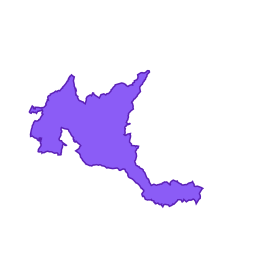 Sasciori, Alba, Romania, rotated 296°
{"feature_id": "2599482B91452877532822", "entity_name": "Sasciori", "entity_type": "district", "adm_level": 2, "iso_a3": "ROU", "parent_name": "Romania", "parent_adm1": "Alba", "projection": "robinson", "projection_center": [23.57, 45.799], "detail": "fine", "context": "isolated", "style": "filled", "palette": "violet", "viewbox_px": 256, "rotation_deg": 296, "n_neighbors": 0, "source": "geoboundaries", "source_scale": "gbopen_adm2", "svg_char_len": 5653}
<svg xmlns="http://www.w3.org/2000/svg" viewBox="0 0 256 256"><g transform="rotate(296 128 128)"><path d="M165.7,102.6L161.2,97.6L159.8,97.7L158.3,97.0L155.8,96.6L155.0,96.1L154.1,96.5L150.5,95.5L149.6,94.0L148.0,93.5L148.1,91.3L146.1,89.1L142.4,89.1L143.0,83.9L143.4,83.2L143.5,82.2L144.3,81.7L144.1,80.9L141.0,81.1L141.1,79.5L138.3,77.6L136.2,77.5L134.9,78.3L131.0,78.9L131.3,77.0L131.7,76.6L131.7,75.8L131.4,75.4L131.6,73.5L131.3,73.2L131.5,71.6L133.1,69.4L134.4,69.1L134.5,67.8L135.2,66.8L135.0,66.5L135.9,66.2L136.4,65.6L138.5,65.0L138.4,64.5L138.7,64.4L138.9,65.1L139.6,64.6L140.6,63.6L140.1,63.2L141.6,62.0L141.8,61.5L143.7,60.4L146.5,58.2L150.4,57.3L150.5,56.3L150.3,56.4L151.0,53.9L148.5,53.3L148.6,53.1L146.5,52.9L146.1,53.4L145.7,53.0L143.7,53.3L143.5,52.9L140.8,52.7L137.5,51.9L136.4,51.4L135.2,51.7L135.0,51.2L131.5,50.4L131.4,49.3L130.2,48.3L129.5,48.3L129.4,46.8L127.5,46.0L124.4,43.4L124.0,43.7L122.9,43.5L122.6,42.9L121.7,42.4L120.6,42.3L118.4,44.0L118.5,43.3L117.9,43.1L117.2,43.5L113.8,43.5L113.0,43.9L112.9,44.3L110.9,43.8L109.3,43.1L108.6,41.7L108.1,41.8L107.2,38.4L106.0,35.6L104.5,36.2L104.1,35.1L104.7,35.0L104.5,34.3L105.4,33.9L105.8,32.3L99.2,32.3L98.7,33.5L98.8,34.5L100.1,34.7L100.8,35.7L100.6,36.7L101.5,38.0L101.0,39.3L103.4,39.5L104.0,40.5L104.6,40.7L104.8,41.5L106.6,42.8L106.6,43.0L106.0,43.1L105.8,43.9L104.5,43.9L103.1,44.4L103.1,45.5L99.6,44.9L97.0,44.9L96.5,44.2L95.8,44.3L94.8,43.7L93.9,42.4L93.8,41.3L91.5,40.8L90.2,41.2L88.0,41.0L86.6,41.6L84.6,41.8L79.7,43.1L79.8,43.5L78.8,43.6L77.7,44.2L78.8,45.5L78.2,48.4L78.5,49.8L78.7,50.7L77.7,51.7L77.4,53.4L77.9,54.8L78.1,54.4L77.8,54.1L78.1,53.3L78.3,53.2L78.1,53.8L78.6,53.0L80.1,52.7L80.4,53.3L79.3,53.3L79.7,53.2L79.1,53.1L78.6,53.5L78.7,54.0L80.4,53.7L80.3,54.1L80.8,54.7L79.7,55.1L77.5,55.0L75.6,56.3L75.6,56.7L75.3,57.0L74.0,57.6L69.5,56.9L67.4,57.6L67.4,58.3L68.7,60.8L68.3,61.5L67.8,61.7L68.3,62.0L69.2,63.6L70.7,64.6L72.0,66.1L72.1,67.6L73.1,69.6L73.1,72.9L74.5,75.1L74.4,76.1L73.1,76.9L74.3,79.1L74.7,79.5L75.5,79.2L75.8,78.7L76.9,78.8L79.4,77.7L82.2,77.5L83.3,76.9L85.5,76.7L84.8,79.1L85.2,80.1L85.5,80.2L86.3,75.3L87.4,73.8L86.8,72.6L87.3,71.2L88.3,70.7L91.9,70.9L94.0,69.9L95.3,70.2L96.3,69.8L97.0,68.6L98.5,68.0L99.3,68.0L99.5,71.1L100.5,74.5L100.3,75.3L99.0,76.6L98.7,77.6L96.6,80.4L96.0,81.7L95.7,83.1L94.0,83.6L93.7,84.7L92.8,84.8L92.8,85.2L92.4,85.4L92.6,85.8L92.1,86.6L92.6,87.2L93.3,87.2L92.2,90.6L92.3,91.1L91.4,93.3L89.6,92.8L88.8,93.1L87.7,92.8L84.5,91.0L83.7,95.8L83.0,96.3L82.9,96.9L81.1,98.0L79.6,101.0L79.1,101.3L77.8,104.9L77.3,105.5L77.4,105.8L77.0,106.4L77.3,106.9L77.4,110.2L77.8,110.8L78.0,112.1L79.6,113.0L79.7,113.6L81.3,115.8L81.7,117.9L82.5,118.5L82.9,119.5L82.6,121.1L83.2,122.8L83.3,124.6L82.7,126.3L83.2,127.1L83.8,127.3L83.7,128.2L84.8,132.1L87.1,135.5L87.3,136.3L86.9,137.7L86.2,138.7L86.5,139.6L88.8,141.3L89.2,142.0L89.5,143.4L88.1,144.7L87.6,145.6L87.7,146.1L86.9,147.6L85.9,148.5L85.4,148.6L84.3,149.8L84.0,150.8L84.1,154.0L83.7,155.7L82.1,159.5L82.4,160.3L82.3,161.0L81.4,163.7L79.5,166.5L79.8,166.9L79.7,167.5L79.1,168.5L79.0,169.4L78.0,169.9L75.1,169.3L74.4,169.6L73.0,171.0L72.9,171.4L73.6,171.9L73.0,173.2L71.5,174.8L71.9,177.3L72.5,177.9L73.1,179.6L74.0,180.4L73.3,181.1L73.7,183.3L72.6,184.0L72.7,185.1L72.0,185.4L71.9,186.0L73.6,187.8L73.5,188.6L73.0,189.3L73.1,190.3L74.2,191.5L73.7,191.6L73.0,192.3L72.9,193.2L72.5,193.8L74.7,193.8L75.6,194.7L76.6,198.2L75.7,199.5L77.4,201.0L78.6,201.7L79.4,201.7L79.2,202.2L79.6,202.7L84.4,204.3L85.3,204.2L86.2,205.8L86.6,207.3L85.3,209.1L86.1,209.6L88.3,209.5L87.2,212.8L90.1,214.4L90.2,215.3L91.1,216.7L92.7,217.7L92.7,219.0L92.1,219.8L91.9,220.6L89.8,222.5L95.1,223.0L96.3,223.7L98.0,223.1L99.3,222.2L100.0,221.1L100.7,220.8L105.3,221.2L106.5,221.7L106.6,219.9L106.2,216.0L104.8,213.8L104.9,212.9L106.3,212.1L107.3,210.4L108.2,209.5L107.1,209.1L104.9,206.6L102.8,205.6L102.3,204.3L100.8,202.4L100.5,201.1L101.0,200.3L100.8,199.8L100.9,197.3L101.4,196.1L101.2,195.9L101.9,195.5L101.1,194.5L101.0,191.5L99.2,190.4L97.6,189.9L96.4,190.3L95.8,190.9L95.3,190.8L96.5,186.5L96.0,185.9L95.4,184.3L94.7,184.2L93.6,183.0L92.4,182.9L91.7,181.4L90.7,180.8L90.4,179.9L89.0,178.7L88.8,175.9L86.6,174.1L88.1,171.9L88.3,171.1L89.3,170.6L91.1,168.7L91.0,167.9L91.7,166.4L95.2,162.7L96.1,160.5L97.0,160.0L97.4,158.5L97.2,156.5L98.1,154.8L97.7,154.4L98.1,152.9L97.9,151.9L98.5,150.9L99.4,150.4L100.0,149.5L101.2,148.5L102.6,148.8L106.5,148.0L108.7,146.5L109.2,145.6L110.6,144.8L111.9,145.2L112.9,144.9L114.4,145.8L116.2,145.5L115.7,143.5L114.7,142.9L115.1,142.5L115.0,141.8L113.8,138.9L115.1,138.1L116.0,135.6L117.8,134.8L121.0,134.2L122.2,133.7L122.6,133.0L124.1,132.6L122.2,130.2L120.5,129.4L120.2,128.8L120.5,128.6L120.2,128.1L120.3,127.4L121.0,127.8L122.5,127.5L124.5,126.2L126.2,125.9L126.5,125.1L127.1,124.8L128.1,124.9L128.9,125.5L129.7,125.2L132.4,127.9L132.8,127.8L132.7,127.3L131.6,126.6L132.2,124.1L134.3,123.9L135.3,124.2L136.6,123.7L137.3,123.8L138.3,123.5L139.0,122.7L140.2,122.7L141.2,122.1L145.0,123.2L147.4,124.5L148.6,123.5L150.0,123.0L152.1,121.2L152.5,120.7L152.3,120.2L153.5,120.0L154.6,120.6L156.5,120.6L157.0,121.2L160.3,122.1L161.0,122.3L161.8,122.0L166.2,123.2L168.6,121.3L170.1,120.6L172.9,121.2L173.5,121.7L175.6,121.5L177.3,122.0L178.2,121.7L179.1,122.4L180.9,122.0L182.7,122.3L184.4,121.7L187.6,122.8L188.6,122.1L188.3,120.7L187.8,120.2L185.8,119.5L184.7,118.6L184.0,117.1L184.0,116.4L183.3,115.4L180.1,113.3L178.4,114.6L176.8,115.0L175.3,114.8L173.2,113.0L171.8,113.7L170.8,112.7L169.8,112.6L168.7,113.3L168.4,112.2L166.8,110.5L165.3,109.8L165.4,107.6L166.1,106.9L166.0,105.3L166.2,104.9L165.7,102.6Z" fill="#8b5cf6" stroke="#5b21b6" stroke-width="1.5"/></g></svg>